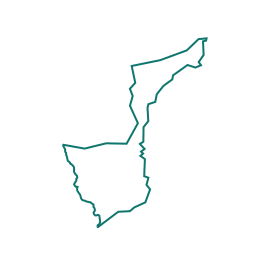 Ezo, Western Equatoria, South Sudan (Natural Earth projection), rotated 11°
{"feature_id": "79223893B74346966367837", "entity_name": "Ezo", "entity_type": "district", "adm_level": 2, "iso_a3": "SSD", "parent_name": "South Sudan", "parent_adm1": "Western Equatoria", "projection": "natural_earth1", "projection_center": [27.738, 5.603], "detail": "fine", "context": "isolated", "style": "outline", "palette": "teal", "viewbox_px": 256, "rotation_deg": 11, "n_neighbors": 0, "source": "geoboundaries", "source_scale": "gbopen_adm2", "svg_char_len": 1685}
<svg xmlns="http://www.w3.org/2000/svg" viewBox="0 0 256 256"><g transform="rotate(11 128 128)"><path d="M188.0,27.3L188.0,25.0L180.3,27.3L170.9,40.6L146.6,55.3L119.8,66.4L126.1,81.3L126.5,82.3L122.4,89.1L126.5,95.7L125.7,105.8L136.8,121.4L129.6,143.7L109.5,147.2L89.3,156.5L67.8,156.8L67.7,157.4L67.7,157.5L68.0,158.1L69.8,160.3L70.5,161.3L70.7,162.8L71.1,163.6L72.0,164.2L72.3,165.9L73.7,168.2L74.7,170.8L75.3,171.8L77.3,172.7L77.8,173.3L78.3,174.1L78.9,174.2L79.5,174.4L81.7,176.0L82.4,176.8L82.8,178.2L83.2,179.4L83.2,180.4L83.3,181.2L84.1,182.3L85.7,183.8L86.2,184.0L87.2,184.9L87.6,186.1L87.5,186.9L87.0,187.5L87.3,189.4L87.0,190.2L85.8,193.5L86.2,193.9L86.8,194.8L87.9,195.6L88.5,195.5L89.2,195.4L89.7,195.5L89.6,195.8L89.6,196.3L89.6,197.4L90.2,199.2L91.5,200.6L93.6,202.6L94.3,203.6L95.0,205.4L96.0,206.7L97.0,207.4L97.9,207.6L98.9,207.6L99.9,207.6L101.1,208.1L102.7,208.1L104.0,208.2L105.4,208.1L106.9,209.0L108.1,209.5L108.7,209.7L108.9,210.3L109.0,211.0L109.0,211.8L110.2,212.9L111.1,214.5L111.2,215.6L110.5,217.0L110.4,217.5L110.6,218.3L111.5,219.4L112.3,220.0L113.2,220.0L114.4,219.5L115.0,219.0L115.9,219.2L116.6,219.6L117.3,221.6L118.0,223.8L118.6,225.4L118.6,226.3L118.2,227.2L118.0,228.3L117.1,228.9L116.8,230.0L117.1,230.7L117.1,230.9L117.4,231.0L134.4,212.1L145.7,209.3L149.4,204.7L159.2,197.7L161.4,184.0L157.0,180.3L157.5,172.9L153.1,172.2L150.5,155.3L145.5,153.0L147.7,150.2L145.3,148.7L148.3,145.4L142.7,141.4L145.7,138.6L143.1,124.2L146.6,117.4L143.3,104.5L143.5,100.7L149.8,97.2L149.8,89.4L154.8,79.8L162.2,71.9L162.2,67.7L174.4,54.8L182.7,55.8L187.7,52.4L184.8,49.8L188.3,41.9L185.1,28.6L188.0,27.3Z" fill="none" stroke="#0f766e" stroke-width="2"/></g></svg>